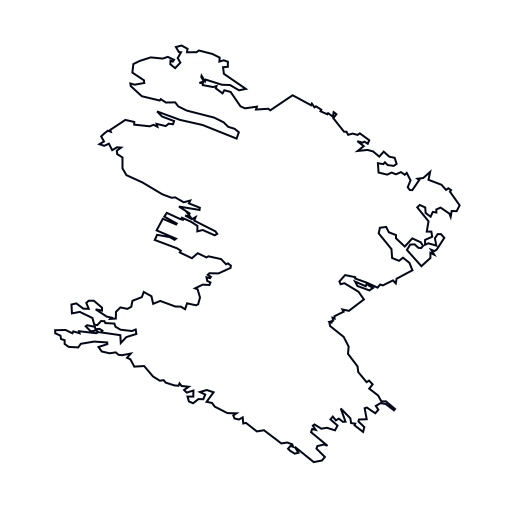 the district of Kvitsøy nor, Norway, rotated 286°
{"feature_id": "86288312B53863768587168", "entity_name": "Kvitsøy nor", "entity_type": "district", "adm_level": 2, "iso_a3": "NOR", "parent_name": "Norway", "parent_adm1": "", "projection": "orthographic", "projection_center": [5.409, 59.066], "detail": "fine", "context": "isolated", "style": "outline", "palette": "ink", "viewbox_px": 512, "rotation_deg": 286, "n_neighbors": 0, "source": "geoboundaries", "source_scale": "gbopen_adm2", "svg_char_len": 6068}
<svg xmlns="http://www.w3.org/2000/svg" viewBox="0 0 512 512"><g transform="rotate(286 256 256)"><path d="M133.2,101.2L131.1,100.8L132.4,93.3L129.3,83.4L126.4,84.3L125.5,90.0L122.4,91.5L122.4,95.2L118.7,96.3L117.0,101.0L119.1,110.3L123.3,111.8L129.1,123.9L131.9,136.8L130.3,137.4L125.1,129.7L121.7,134.0L122.1,142.0L124.7,147.8L123.1,151.1L123.7,154.5L127.7,162.5L122.6,160.1L122.1,163.7L116.1,169.5L119.4,178.8L111.8,190.2L109.6,197.9L111.2,201.5L109.4,204.0L109.1,213.1L109.9,217.3L112.5,217.6L110.5,220.3L111.8,227.4L107.4,223.8L105.6,227.0L109.4,232.9L103.6,234.5L102.0,228.9L97.7,231.6L97.1,236.1L102.6,240.1L103.8,244.8L108.8,245.4L109.8,239.6L113.6,245.6L113.3,252.8L102.2,248.7L102.6,254.3L99.8,257.9L97.1,271.8L99.4,280.6L96.5,278.1L93.9,280.1L94.1,284.7L97.2,287.7L91.5,289.9L92.8,292.4L87.6,305.2L90.7,311.7L82.8,332.0L85.3,337.4L85.0,342.7L82.8,344.3L83.0,341.6L79.6,339.9L78.2,342.4L76.7,347.7L78.5,351.0L83.3,345.9L73.8,368.3L77.6,375.8L81.8,377.6L87.5,367.2L90.2,367.4L93.5,373.2L93.3,377.0L101.8,357.5L105.2,357.7L105.3,361.3L108.6,357.4L110.2,358.7L108.0,366.4L110.4,371.5L110.2,380.0L115.5,381.1L119.4,372.6L122.8,374.1L120.0,378.1L122.5,380.5L120.5,385.2L121.4,387.7L132.8,379.5L126.0,391.4L121.6,393.5L122.2,397.6L120.4,397.4L116.4,407.4L121.4,407.3L125.1,400.1L127.2,400.0L129.6,407.4L139.6,402.4L140.9,404.3L137.7,414.0L141.9,416.0L144.9,412.5L148.8,416.2L149.5,421.4L145.7,431.1L147.3,431.8L152.1,420.8L150.8,416.6L155.6,411.8L159.7,401.4L164.8,403.5L167.4,399.0L165.2,397.1L172.6,386.3L177.9,384.0L187.3,371.4L194.5,370.0L202.4,362.6L209.1,346.5L212.6,344.7L212.8,347.9L213.2,345.2L215.1,348.0L217.7,346.6L217.5,348.8L219.7,348.0L226.6,355.6L228.4,353.8L228.9,360.4L244.0,371.7L249.9,364.4L254.2,348.5L252.2,345.1L254.5,343.2L262.2,346.9L263.0,357.2L261.7,357.5L260.9,370.1L257.2,369.8L258.7,358.3L255.1,361.8L254.2,374.5L257.6,377.3L258.8,372.1L260.6,371.8L259.1,381.6L262.8,383.2L262.7,386.0L270.3,394.4L268.2,397.9L272.9,397.4L285.4,410.3L291.7,405.4L294.9,397.8L290.8,394.8L291.6,387.4L300.0,384.3L311.6,367.7L317.3,367.3L319.8,373.1L315.4,377.2L314.7,384.8L311.6,385.7L306.1,396.4L316.0,401.4L314.6,410.5L311.8,413.8L309.2,412.6L308.6,409.8L310.9,405.3L309.5,401.1L303.4,399.4L291.8,417.8L302.2,424.2L307.1,422.8L306.4,426.9L310.3,422.6L309.9,426.2L312.1,428.0L325.3,432.0L328.0,427.8L327.1,424.6L322.3,423.1L315.7,426.5L315.7,418.2L313.4,415.4L318.1,414.1L323.1,420.1L327.8,417.8L326.5,413.4L336.9,412.3L347.2,397.6L350.2,399.4L349.3,405.3L344.1,407.2L341.9,413.0L347.1,413.8L347.5,417.4L350.4,416.5L353.4,420.1L350.0,430.3L347.3,432.3L353.2,431.7L354.4,436.5L360.8,437.8L371.3,424.7L373.1,425.4L374.1,422.2L371.9,420.5L375.6,414.7L376.8,400.8L384.8,400.2L377.1,395.3L374.8,390.0L374.1,392.0L362.4,388.1L361.8,385.7L363.9,382.9L371.3,383.7L377.4,378.0L375.1,376.6L376.6,372.3L373.1,368.0L373.6,363.4L370.4,359.7L370.0,350.8L378.8,347.6L379.4,353.1L381.6,354.1L379.7,357.5L380.6,363.6L383.3,365.8L388.6,362.2L388.2,356.8L391.5,350.0L385.5,347.1L388.8,339.7L388.7,334.0L385.0,324.8L391.3,329.3L394.3,321.8L394.3,327.1L395.8,328.7L394.7,332.5L398.5,332.9L402.5,322.0L400.4,320.3L400.3,315.1L397.9,311.2L400.4,308.7L399.7,306.4L409.8,292.3L414.5,294.2L415.7,291.0L411.1,291.5L413.2,285.9L411.9,285.5L412.9,278.1L414.6,278.5L416.4,272.4L415.0,271.2L417.9,267.7L416.1,267.4L420.6,246.9L400.0,229.6L400.9,227.2L396.8,215.6L399.8,215.7L394.9,204.7L395.6,199.8L406.7,186.4L406.6,179.9L403.1,179.0L406.1,171.1L408.4,171.2L406.6,168.2L405.6,157.7L407.5,157.3L406.8,153.9L409.6,157.8L412.9,154.1L414.3,154.0L409.8,158.9L411.7,159.1L411.2,176.0L413.2,183.9L410.6,194.0L413.8,200.2L422.3,174.9L428.4,172.3L430.1,176.8L435.0,175.4L435.2,171.0L432.8,167.2L436.7,166.4L438.2,158.3L437.8,144.5L435.5,142.6L432.8,133.5L436.3,133.1L437.8,126.5L434.8,121.4L430.8,125.6L431.2,127.8L424.7,126.2L421.0,130.0L414.3,126.5L416.7,120.8L420.2,120.0L419.9,122.4L422.0,123.1L423.1,116.3L420.1,112.0L417.9,100.1L411.5,90.5L406.7,85.2L398.2,86.6L394.0,99.9L391.5,100.9L387.2,92.1L387.2,87.7L384.8,88.8L378.1,102.2L378.9,120.6L380.5,121.2L378.7,127.1L381.4,136.0L378.4,140.0L376.7,149.3L377.5,177.7L375.6,188.0L372.5,193.7L372.4,200.4L370.2,205.4L363.5,205.0L367.2,168.6L365.9,145.4L367.7,121.1L364.2,127.2L363.1,140.1L359.8,139.9L359.1,135.6L356.0,133.4L355.6,124.0L353.1,125.6L353.9,121.4L351.4,118.2L348.7,102.7L351.3,102.0L350.8,92.9L337.0,81.1L335.4,82.2L335.6,79.0L331.2,75.9L328.3,74.2L324.2,78.3L320.3,74.7L320.1,79.7L323.4,83.6L318.1,88.6L322.2,92.4L323.0,96.4L318.9,93.2L315.7,94.5L313.9,100.5L303.4,103.5L298.0,109.2L295.4,126.6L289.5,148.9L288.7,158.8L290.1,162.2L287.7,171.7L291.2,177.5L288.1,177.0L286.9,188.7L284.7,189.0L282.3,168.3L278.4,181.2L278.2,178.5L275.6,181.9L275.4,176.7L273.7,184.3L276.7,187.2L273.0,186.9L268.5,210.2L266.6,212.6L264.5,210.6L266.3,197.6L263.5,192.8L268.8,191.4L271.1,183.7L272.5,173.3L270.8,176.8L270.6,172.9L272.9,158.4L268.6,157.0L265.4,170.8L264.3,170.5L266.1,156.2L253.2,153.4L250.6,174.3L249.1,173.2L250.4,168.1L249.1,155.1L243.5,154.3L241.6,178.2L240.3,182.3L238.4,181.8L236.2,195.0L242.6,199.2L241.0,208.8L242.6,210.4L243.4,223.3L239.8,229.5L241.2,231.1L239.8,234.5L237.5,234.8L228.9,224.7L226.6,216.0L224.6,214.8L223.5,218.4L222.0,217.9L221.9,214.3L218.6,216.0L218.0,219.5L215.3,219.2L213.8,212.7L208.1,206.3L207.8,209.1L200.7,213.6L193.7,213.7L192.1,212.0L191.5,202.8L185.3,202.5L186.6,197.7L185.2,192.3L186.4,176.3L181.7,170.3L188.5,166.6L190.5,158.0L185.0,157.6L178.9,149.6L172.8,150.1L169.7,146.9L169.2,139.8L163.7,136.8L157.2,138.5L155.4,133.3L156.9,134.1L156.6,129.3L160.5,116.6L161.1,123.0L163.9,122.2L168.3,112.4L166.9,107.5L164.1,105.8L159.1,109.8L157.8,104.5L160.9,96.3L158.5,92.0L150.1,94.9L153.7,102.0L151.3,115.9L145.5,119.4L145.8,122.5L150.7,124.9L151.6,128.2L150.0,129.7L152.0,138.5L149.3,140.4L147.8,146.1L149.7,157.5L152.2,160.6L148.1,162.5L142.3,153.7L135.1,150.0L142.5,147.4L139.8,127.9L141.9,128.9L142.8,125.7L141.4,121.8L143.5,120.7L142.9,112.8L141.5,111.7L138.0,117.9L140.3,122.8L139.5,125.7L137.7,123.6L134.9,106.6L133.1,107.7L133.2,101.2Z" fill="none" stroke="#020617" stroke-width="2"/></g></svg>